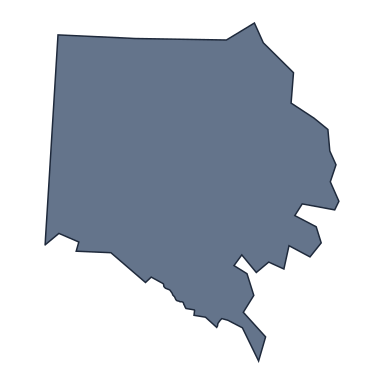 outline of Davie, North Carolina, United States of America
{"feature_id": "52423323B1235583382537", "entity_name": "Davie", "entity_type": "district", "adm_level": 2, "iso_a3": "USA", "parent_name": "United States of America", "parent_adm1": "North Carolina", "projection": "orthographic", "projection_center": [-80.521, 35.903], "detail": "fine", "context": "isolated", "style": "filled", "palette": "slate", "viewbox_px": 384, "rotation_deg": 0, "n_neighbors": 0, "source": "geoboundaries", "source_scale": "gbopen_adm2", "svg_char_len": 1039}
<svg xmlns="http://www.w3.org/2000/svg" viewBox="0 0 384 384"><path d="M226.4,40.0L134.4,38.5L129.1,38.2L58.0,34.9L48.7,186.8L45.5,238.0L45.3,241.9L45.1,244.6L45.2,244.8L58.9,233.4L78.8,242.0L76.2,251.2L110.9,252.7L145.5,282.5L151.2,277.1L162.9,283.5L163.5,284.1L163.9,286.6L165.4,288.2L169.4,289.8L170.0,290.2L172.3,293.5L172.7,294.9L174.6,296.9L175.7,299.4L176.5,300.4L177.3,300.8L178.8,301.1L180.1,301.8L181.4,301.7L182.5,302.0L183.0,302.3L183.3,302.6L183.8,304.3L184.5,305.6L185.2,307.3L186.0,308.5L194.3,309.9L194.6,310.3L194.0,315.3L205.5,317.2L216.7,327.4L217.5,326.0L217.9,323.5L220.0,320.5L221.8,318.6L227.7,320.2L242.4,327.8L258.6,361.0L265.6,336.9L243.3,312.3L253.8,295.4L247.0,273.7L234.0,265.6L241.8,254.9L256.3,272.5L268.7,262.1L283.9,269.0L289.0,245.7L310.0,256.9L321.2,242.9L316.2,226.8L294.8,215.6L302.2,203.9L334.7,209.9L338.9,201.3L330.3,181.8L336.0,164.8L329.8,151.0L327.9,129.5L313.7,117.9L312.7,117.3L291.1,103.1L293.5,72.7L263.3,42.8L254.4,23.0L226.4,40.0Z" fill="#64748b" stroke="#1e293b" stroke-width="1.5"/></svg>